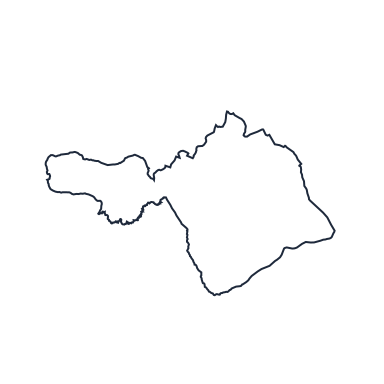 Guachucal, Nariño, Colombia, rotated 201°
{"feature_id": "7082276B62012861578772", "entity_name": "Guachucal", "entity_type": "district", "adm_level": 2, "iso_a3": "COL", "parent_name": "Colombia", "parent_adm1": "Nariño", "projection": "orthographic", "projection_center": [-77.704, 0.975], "detail": "fine", "context": "isolated", "style": "outline", "palette": "slate", "viewbox_px": 384, "rotation_deg": 201, "n_neighbors": 0, "source": "geoboundaries", "source_scale": "gbopen_adm2", "svg_char_len": 6123}
<svg xmlns="http://www.w3.org/2000/svg" viewBox="0 0 384 384"><g transform="rotate(201 192 192)"><path d="M188.2,279.7L187.8,276.3L186.7,272.7L186.0,269.2L186.7,264.0L189.0,262.8L190.2,262.8L191.0,262.0L191.7,262.1L193.6,263.0L193.6,259.5L193.1,256.6L193.1,255.6L197.9,250.2L198.6,248.3L198.5,247.0L197.4,245.6L196.8,244.0L197.7,240.5L198.8,238.7L202.7,236.9L203.6,235.5L203.4,233.7L202.7,232.3L202.8,231.3L202.6,230.4L202.9,228.5L203.5,226.7L203.1,225.5L203.4,223.8L209.6,224.1L209.2,226.7L210.0,227.0L213.2,227.3L215.1,227.3L216.9,226.3L218.2,224.6L218.6,223.5L218.3,222.4L217.0,221.1L215.8,219.5L219.5,219.4L219.6,215.2L221.4,210.3L221.1,207.2L226.2,207.0L225.8,205.4L226.2,204.3L227.5,202.5L228.7,201.3L229.1,201.0L230.6,201.0L231.5,200.3L232.6,198.5L233.1,197.1L234.0,195.8L234.1,195.1L233.9,194.2L232.3,191.5L231.8,189.6L232.5,190.1L233.5,190.3L235.1,190.1L235.8,190.3L236.6,191.0L237.8,191.4L239.8,192.8L240.2,193.8L240.1,196.3L241.3,197.8L241.3,198.2L240.8,198.7L241.3,199.0L242.2,199.0L242.7,199.3L246.9,204.2L250.1,206.1L251.7,205.7L255.0,206.2L258.6,206.3L259.2,206.0L260.3,204.8L264.1,202.2L265.3,200.6L266.4,199.8L266.6,199.0L266.8,196.8L269.4,193.3L270.1,193.2L271.1,191.8L274.0,190.0L275.4,189.5L280.4,186.9L287.2,186.7L290.7,187.3L292.2,186.7L294.5,186.2L295.3,186.3L296.2,185.9L297.9,186.0L299.4,185.1L302.2,185.1L303.5,184.1L304.8,183.9L305.4,183.9L306.4,185.4L307.8,186.7L308.8,186.8L310.2,186.6L312.6,187.5L315.1,187.5L316.0,187.3L317.9,186.0L319.9,185.2L320.4,184.6L321.0,183.5L327.9,179.9L328.5,179.0L330.1,178.0L331.7,176.5L332.4,176.3L335.2,176.5L336.9,175.9L338.4,173.2L338.7,171.6L338.6,170.3L339.1,168.1L339.0,166.8L338.5,165.3L338.1,164.7L336.7,163.4L335.7,161.6L334.6,160.3L334.7,158.7L333.8,157.3L333.1,157.0L331.6,157.6L330.5,156.5L330.1,155.8L330.0,154.0L329.7,153.4L330.1,152.7L331.6,151.5L330.6,150.8L329.8,149.0L328.7,148.1L328.2,147.0L327.4,146.0L325.4,144.2L324.6,143.9L322.3,143.5L319.6,143.4L317.2,143.8L315.7,144.5L313.9,144.5L312.7,145.4L306.5,147.7L305.1,147.7L303.4,147.2L301.7,147.3L299.2,148.8L297.0,149.5L295.5,150.6L293.4,151.2L291.4,152.4L290.3,152.3L287.7,152.7L283.1,152.5L281.4,152.0L279.5,150.7L277.9,150.0L276.8,149.9L275.0,150.7L274.4,150.9L273.4,150.5L272.4,149.5L271.9,148.4L271.7,146.6L270.8,143.7L271.2,141.9L271.2,140.4L271.7,138.2L271.4,138.0L270.9,138.0L269.6,139.6L268.4,139.8L268.3,140.3L268.6,141.4L268.2,141.8L267.1,141.4L266.3,142.2L265.9,140.7L265.1,140.3L264.7,139.5L264.3,139.5L263.1,140.0L262.1,139.7L261.4,138.6L261.3,137.4L260.9,136.6L259.6,136.3L259.2,135.4L257.8,135.3L256.4,134.0L255.6,133.9L255.4,134.1L255.4,134.6L254.9,134.6L254.7,135.3L253.4,135.8L252.8,137.1L251.9,136.7L251.5,137.7L251.2,137.8L250.4,136.8L250.0,136.8L250.0,138.4L249.3,139.4L249.4,140.6L249.2,141.1L248.7,141.2L248.1,140.8L247.6,138.7L245.9,137.2L244.9,137.0L244.1,137.3L243.6,137.3L243.2,138.1L242.4,138.3L242.2,139.2L241.6,139.4L241.4,139.7L241.4,140.2L242.2,140.6L242.2,141.0L241.2,140.7L240.8,140.1L240.3,140.7L240.0,140.7L239.8,140.4L239.8,139.5L239.6,139.5L238.4,141.1L237.4,141.1L237.1,142.2L236.2,142.4L236.0,144.1L236.4,144.8L235.9,144.9L235.5,144.5L234.2,145.8L232.5,146.2L232.4,146.4L232.6,146.7L233.4,146.4L233.7,146.7L233.1,147.4L233.3,148.4L233.2,148.8L232.4,148.9L232.6,150.0L231.5,150.3L232.0,151.0L231.0,151.4L231.2,151.9L232.0,152.4L231.9,152.6L231.3,152.8L231.2,153.2L231.8,153.9L231.6,154.6L232.2,155.3L231.0,156.0L231.8,156.3L231.4,157.0L232.1,157.8L231.9,158.0L231.3,157.8L231.1,158.0L231.6,158.6L232.5,158.7L232.1,159.5L232.5,160.7L232.4,161.2L231.8,161.3L231.5,162.3L230.6,162.2L230.4,163.1L229.4,163.7L229.7,164.5L229.3,165.1L229.2,166.3L228.4,166.6L227.6,166.2L226.8,167.8L226.4,168.1L224.2,168.6L223.6,168.0L223.0,168.0L222.2,167.5L221.3,167.6L220.8,167.3L220.3,167.5L219.9,167.4L219.1,167.9L218.9,168.1L219.1,168.6L218.4,168.9L217.8,169.6L218.5,170.1L218.4,170.3L217.7,170.3L218.1,171.0L217.3,171.4L218.3,171.8L218.5,173.5L217.6,174.4L216.7,176.4L216.3,176.2L215.9,177.1L214.4,177.6L212.5,175.8L207.7,172.3L204.8,169.6L200.5,166.8L198.1,164.5L191.3,159.7L190.4,158.6L184.1,156.3L182.9,155.6L182.7,155.2L182.8,154.5L182.5,154.2L182.7,153.9L182.1,153.2L181.7,150.9L180.9,150.4L180.4,147.6L179.7,147.1L179.2,146.5L179.4,145.3L178.9,143.9L178.5,143.5L177.8,143.4L176.1,142.0L175.9,139.5L175.2,138.3L175.5,135.5L174.4,134.6L173.4,134.3L172.6,133.2L171.4,132.4L170.9,131.4L169.9,131.1L168.9,130.1L166.5,128.6L165.8,127.5L164.2,126.2L163.6,125.1L162.5,125.3L162.0,125.1L161.3,124.6L159.8,122.7L157.7,121.2L154.5,120.3L153.4,117.4L153.6,116.5L153.4,115.9L152.1,114.9L151.6,113.8L149.4,111.0L149.1,110.8L148.2,111.0L147.3,110.5L146.0,108.0L145.0,108.0L144.3,107.7L142.7,106.6L141.7,106.2L140.5,105.1L139.6,105.2L137.7,104.6L136.3,104.8L134.8,103.7L133.8,103.8L132.7,105.3L132.1,105.6L129.7,105.9L129.2,106.3L129.3,107.1L128.7,108.0L127.6,108.5L126.9,109.4L125.4,110.2L124.3,111.1L123.1,111.4L122.5,112.1L121.7,114.0L121.2,114.3L120.6,115.2L120.5,116.0L119.1,117.4L116.9,119.5L113.4,121.3L112.6,121.9L112.0,123.7L111.5,124.0L109.1,127.3L107.8,129.7L107.3,131.9L106.2,135.0L102.1,141.5L99.5,145.0L93.1,150.9L89.8,157.3L88.3,159.3L86.4,162.6L85.8,165.6L85.8,172.2L85.3,173.0L83.7,174.2L78.3,175.1L76.6,175.8L75.3,176.7L74.1,177.8L70.7,183.0L67.9,186.1L63.0,187.4L59.9,188.7L54.7,192.5L52.4,194.5L50.4,195.5L49.2,196.5L47.0,197.8L46.0,198.8L45.4,200.1L45.2,204.2L44.9,205.5L45.0,207.0L50.2,211.1L56.6,216.8L62.2,219.7L78.9,226.4L80.2,227.2L80.8,228.5L83.8,232.1L85.6,235.1L86.6,236.1L89.3,237.9L91.3,242.2L94.3,245.2L95.5,247.6L97.4,249.5L98.1,252.0L99.3,254.2L100.1,254.8L101.2,254.9L101.3,255.1L100.1,257.4L104.9,260.2L107.4,262.8L108.4,263.5L110.1,264.3L111.6,265.6L119.5,267.6L121.2,268.5L121.7,268.5L122.5,266.8L127.0,267.1L131.8,266.2L140.3,273.1L141.6,271.8L143.3,271.8L143.7,271.9L147.7,275.7L148.2,275.9L149.1,275.4L152.4,271.8L158.3,266.6L160.5,263.4L162.2,262.8L162.9,262.8L164.2,263.5L164.3,265.3L163.9,266.8L164.0,267.7L164.6,269.1L165.2,272.3L165.6,273.1L168.8,276.4L171.9,277.9L174.1,278.1L179.7,279.0L181.7,280.3L182.6,279.1L184.1,278.6L185.1,278.7L186.5,279.3L187.1,279.8L188.2,279.7Z" fill="none" stroke="#1e293b" stroke-width="2"/></g></svg>